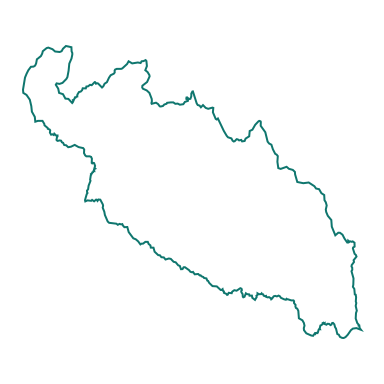 Vibhavadi, Surat Thani, Thailand
{"feature_id": "78962969B95788991871797", "entity_name": "Vibhavadi", "entity_type": "district", "adm_level": 2, "iso_a3": "THA", "parent_name": "Thailand", "parent_adm1": "Surat Thani", "projection": "equal_earth", "projection_center": [98.854, 9.243], "detail": "fine", "context": "isolated", "style": "outline", "palette": "teal", "viewbox_px": 384, "rotation_deg": 0, "n_neighbors": 0, "source": "geoboundaries", "source_scale": "gbopen_adm2", "svg_char_len": 5878}
<svg xmlns="http://www.w3.org/2000/svg" viewBox="0 0 384 384"><path d="M133.3,238.3L135.8,239.3L138.2,241.4L140.4,244.4L141.4,243.7L143.1,243.6L145.3,241.9L147.8,241.9L148.6,243.9L150.4,245.4L150.8,247.6L153.5,247.7L154.6,251.7L158.2,255.1L159.9,255.3L161.4,257.2L163.8,257.4L165.5,259.5L168.9,258.5L170.8,258.9L173.6,261.8L175.7,262.3L178.2,265.3L179.8,265.9L181.0,269.2L182.5,269.1L183.6,267.3L184.9,267.2L189.0,270.1L190.4,271.8L192.1,272.3L193.0,271.9L194.7,274.3L198.2,274.0L199.7,275.4L200.6,275.3L201.5,276.3L203.3,277.0L204.1,278.0L206.4,278.4L207.3,280.6L208.1,280.9L209.2,282.9L212.5,286.1L216.8,286.4L220.7,290.0L221.5,290.0L222.6,289.1L223.0,290.8L223.9,291.4L223.9,292.8L226.4,293.9L227.1,294.9L227.7,294.7L228.7,292.8L231.7,293.2L232.2,291.7L234.3,290.2L236.6,290.7L240.3,288.2L241.5,288.7L241.9,290.1L241.2,291.1L241.4,292.2L242.6,294.1L242.8,296.7L243.3,297.3L244.5,296.8L245.9,293.3L246.9,294.1L249.2,294.4L249.5,295.7L251.9,295.6L252.3,297.8L255.0,299.9L256.7,297.0L256.4,295.8L257.5,294.9L257.5,293.3L259.0,294.2L261.0,294.1L261.6,293.4L262.0,294.1L263.2,294.4L263.7,295.7L265.0,296.2L266.0,295.9L266.2,296.9L267.8,297.4L269.0,297.1L270.8,298.3L271.2,299.3L271.7,298.9L271.6,298.3L272.2,298.4L273.7,296.3L275.2,295.9L276.9,296.4L278.6,295.6L279.9,296.3L280.9,297.8L284.1,299.3L285.6,299.7L286.4,299.0L286.6,299.5L287.6,299.2L291.3,300.4L293.5,300.4L294.1,301.2L294.0,303.0L295.6,305.0L295.4,306.3L295.9,307.9L297.2,308.6L298.3,310.8L298.9,318.3L302.4,320.3L303.9,323.0L304.5,325.7L303.8,328.1L304.0,330.2L306.3,333.3L311.2,335.5L313.1,335.8L314.8,333.4L315.3,333.8L315.5,333.0L317.3,333.1L317.3,332.6L317.9,332.4L318.6,329.8L319.1,329.1L320.0,329.2L319.7,328.4L320.4,325.5L321.6,325.0L322.6,324.0L322.6,323.1L323.5,322.7L324.0,323.3L324.5,323.1L324.3,323.9L326.5,324.7L327.4,323.8L329.1,323.9L330.5,325.1L331.4,324.6L332.2,323.0L333.0,322.9L334.3,324.3L335.1,327.2L336.0,328.6L337.3,334.0L338.8,334.7L340.0,336.9L342.1,337.9L343.7,338.0L345.5,337.1L347.7,334.8L350.9,330.2L352.9,328.6L356.4,328.1L361.0,329.8L359.7,328.1L359.3,325.5L358.6,325.5L358.6,324.6L357.3,323.1L355.7,318.5L356.0,313.0L356.8,310.7L355.7,305.9L356.3,303.0L355.8,301.5L356.1,297.2L355.7,294.7L354.8,294.4L354.3,288.9L352.9,286.8L353.3,284.8L353.5,278.4L351.5,271.2L352.3,269.8L352.2,267.6L351.5,266.5L351.7,265.1L354.0,262.0L353.6,260.2L356.5,256.6L355.9,255.0L354.6,253.8L352.9,248.5L353.1,247.5L354.6,246.6L354.5,242.7L352.7,241.4L351.8,241.8L350.0,241.3L349.4,241.9L348.2,240.7L348.0,242.5L347.2,242.5L344.5,238.6L342.5,234.7L340.0,232.8L338.3,232.7L335.3,235.3L331.8,226.7L331.3,220.0L327.8,215.8L326.2,212.0L325.8,209.5L326.7,205.5L325.8,202.3L324.5,200.2L324.2,195.0L321.4,193.2L319.1,189.2L316.0,188.5L314.4,186.2L308.7,182.5L303.3,183.2L297.3,182.0L295.1,174.4L294.9,171.9L292.8,169.9L288.9,168.8L286.6,166.8L280.7,168.9L278.3,168.1L277.4,161.8L277.8,156.1L276.6,154.6L275.2,153.8L272.9,149.3L271.4,144.7L269.1,143.5L267.6,141.6L265.3,132.2L260.7,125.8L260.8,121.9L260.5,121.3L259.2,120.9L258.3,121.5L255.2,124.8L252.4,129.7L249.7,131.0L249.2,136.3L245.6,138.6L244.6,141.0L242.1,141.4L241.2,139.9L239.1,140.4L237.8,139.4L236.6,139.2L234.7,141.2L233.7,141.5L232.6,140.7L231.4,138.4L228.0,137.3L226.7,135.8L223.8,130.9L217.9,118.5L216.7,119.5L215.7,118.9L212.9,112.3L213.3,107.9L212.5,107.6L208.2,108.8L205.7,107.9L203.0,105.1L200.9,107.3L199.6,105.6L197.7,105.0L196.7,103.4L192.9,91.4L192.4,91.5L191.3,93.6L191.3,96.3L190.4,98.8L189.0,99.1L187.2,97.4L186.5,97.5L186.3,98.9L188.0,99.8L187.9,100.9L184.9,101.9L183.3,104.2L179.9,104.7L177.7,103.6L175.3,103.8L173.3,102.4L170.7,102.4L167.1,102.8L166.5,103.8L164.3,104.5L162.9,106.0L160.7,106.5L159.7,106.3L158.1,104.1L156.0,102.7L151.7,103.8L151.4,103.1L151.9,101.2L151.7,98.9L149.4,92.9L146.7,90.4L142.9,88.7L142.2,87.4L142.4,85.7L147.1,82.0L149.6,76.4L149.4,75.1L147.6,72.1L145.3,70.2L146.9,66.1L146.4,61.0L145.6,60.1L143.5,61.1L141.6,61.3L140.6,63.0L137.8,62.5L132.2,63.4L128.6,61.3L127.1,64.0L122.3,68.4L121.1,68.9L116.7,68.9L115.1,69.6L114.6,70.6L114.7,72.5L113.8,73.7L110.7,75.2L109.0,77.7L106.9,82.2L104.6,83.7L103.3,86.3L102.0,87.5L98.1,83.5L97.0,83.2L96.0,83.7L95.2,82.2L94.7,82.1L91.7,85.2L90.1,84.8L87.9,86.4L86.4,86.5L85.8,88.4L82.7,88.3L82.1,90.2L80.7,91.6L79.0,92.0L77.8,93.9L77.3,94.9L77.3,96.5L76.5,96.6L75.6,97.6L75.0,97.4L73.8,100.0L73.0,100.1L73.3,101.1L72.6,101.8L72.8,102.3L72.2,103.0L68.4,98.9L65.4,98.6L63.0,94.2L59.1,92.9L58.2,88.6L55.8,84.8L56.6,83.4L59.5,83.9L62.5,82.9L66.4,78.9L67.4,77.1L68.6,70.6L69.3,63.6L71.5,58.5L72.3,54.6L72.3,53.0L71.6,51.3L71.4,47.2L65.9,46.0L63.0,48.7L61.6,51.2L59.7,52.0L55.1,51.5L52.5,49.2L48.3,47.6L46.6,48.1L42.8,51.2L42.2,53.6L40.9,56.1L36.9,59.3L36.1,63.5L35.1,65.6L33.6,66.6L30.9,66.8L28.3,70.3L26.6,73.7L25.0,77.6L23.0,89.7L23.3,92.9L26.5,94.9L29.8,99.7L31.3,106.1L31.9,111.7L34.8,116.9L35.3,121.7L37.8,120.9L42.5,120.9L44.3,123.9L44.5,125.3L47.7,128.0L47.8,128.8L49.6,129.5L50.2,130.3L49.9,132.6L51.1,134.7L52.5,134.3L53.7,135.0L54.3,133.7L56.2,135.6L57.5,135.5L57.5,136.5L57.0,137.1L56.5,139.7L56.7,140.3L57.7,140.9L59.7,140.4L61.1,140.7L61.9,142.3L63.1,142.8L64.2,145.0L66.2,145.3L68.2,147.2L71.0,146.7L74.7,144.9L78.6,147.1L83.2,148.1L84.2,149.5L84.0,153.1L85.2,155.4L86.3,156.3L89.6,156.3L91.1,156.9L91.9,158.7L91.7,162.9L92.2,163.4L93.0,162.8L94.1,163.1L95.1,165.9L94.5,167.8L95.3,168.6L94.0,169.3L94.3,171.1L93.5,171.0L93.1,172.1L92.3,172.4L92.2,173.0L91.0,174.0L91.3,174.6L90.8,175.2L90.1,179.8L90.5,180.8L88.6,185.7L88.1,189.3L87.0,190.6L87.1,192.4L87.5,193.0L86.7,194.2L85.8,197.3L85.0,200.2L85.3,201.4L87.5,200.4L91.2,200.8L92.1,199.9L94.1,201.3L96.1,199.6L96.7,199.7L97.5,200.9L98.5,199.5L100.3,199.7L102.8,204.4L103.1,205.8L102.7,207.7L104.3,211.7L104.9,215.0L107.7,221.5L109.1,222.8L116.4,223.7L117.8,224.8L119.5,223.9L121.2,224.4L122.3,224.1L123.0,225.6L124.4,227.2L127.3,227.0L128.7,232.1L133.3,238.3Z" fill="none" stroke="#0f766e" stroke-width="2"/></svg>